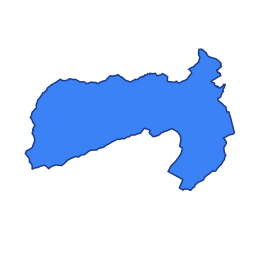 Gura Humorului, Suceava, Romania (orthographic projection), rotated 83°
{"feature_id": "2599482B5765834419568", "entity_name": "Gura Humorului", "entity_type": "district", "adm_level": 2, "iso_a3": "ROU", "parent_name": "Romania", "parent_adm1": "Suceava", "projection": "orthographic", "projection_center": [25.87, 47.518], "detail": "fine", "context": "isolated", "style": "filled", "palette": "blue", "viewbox_px": 256, "rotation_deg": 83, "n_neighbors": 0, "source": "geoboundaries", "source_scale": "gbopen_adm2", "svg_char_len": 5678}
<svg xmlns="http://www.w3.org/2000/svg" viewBox="0 0 256 256"><g transform="rotate(83 128 128)"><path d="M157.1,227.9L156.8,227.1L156.2,224.8L156.2,222.0L155.7,220.9L155.1,218.6L155.1,217.7L154.7,215.4L154.9,214.8L155.7,214.4L157.2,212.7L158.7,211.8L156.8,208.4L155.9,204.5L156.0,203.5L156.6,201.6L156.7,200.4L157.0,199.6L157.1,198.8L157.0,198.1L156.6,197.5L155.5,195.7L154.3,194.2L153.8,193.4L153.4,192.9L152.8,192.7L152.2,190.6L151.7,189.7L151.5,188.6L151.1,188.0L150.7,186.2L150.2,184.9L150.1,183.7L150.1,182.9L150.8,180.8L150.6,180.2L149.3,178.1L149.1,177.4L149.1,174.4L146.7,170.5L146.0,168.9L145.5,167.1L146.0,161.9L144.8,159.7L144.6,158.9L144.3,157.3L144.3,155.7L143.9,154.0L143.3,153.5L142.3,151.4L141.3,148.7L140.5,146.8L140.0,146.0L139.2,143.6L138.0,140.7L137.9,139.3L138.2,138.1L138.2,137.2L137.6,135.7L137.8,134.9L138.1,134.3L138.2,132.7L137.8,131.8L136.9,130.6L136.8,129.7L136.9,128.7L136.9,128.1L136.5,127.3L135.4,125.5L135.4,124.8L135.8,122.3L135.2,120.1L134.8,118.1L134.7,116.4L134.1,115.7L132.1,113.9L130.2,111.7L131.0,110.6L131.4,108.9L132.2,107.6L133.2,106.4L134.9,107.5L135.6,107.1L136.4,106.9L136.8,106.3L139.2,104.7L139.7,103.9L139.7,103.2L139.6,102.6L139.7,102.0L139.6,101.6L139.2,101.3L139.3,100.4L139.0,99.9L139.2,99.0L138.0,96.9L137.0,95.9L136.7,94.9L136.7,94.0L136.1,93.0L135.7,91.6L135.6,89.7L135.4,89.0L134.5,87.5L134.7,86.7L134.5,85.8L133.8,84.7L137.0,80.4L138.7,78.7L141.2,77.5L143.4,76.9L145.3,76.8L146.8,77.1L151.6,78.7L152.7,78.8L153.7,77.3L154.5,76.7L155.6,76.8L158.1,77.7L160.8,79.2L164.3,82.3L166.9,84.9L168.7,87.2L171.2,90.3L174.0,92.0L176.1,93.5L178.0,90.7L185.9,79.8L193.7,84.3L196.3,81.1L195.7,80.3L195.5,79.5L195.5,79.0L196.1,75.7L196.3,75.2L197.4,74.1L197.4,73.5L197.1,72.7L195.3,71.3L195.2,70.2L194.6,69.3L194.2,69.0L192.3,68.2L192.0,67.2L190.3,64.8L189.7,62.3L189.0,60.0L188.6,59.4L186.1,57.7L184.2,54.7L183.1,52.4L181.4,50.1L181.2,49.5L181.4,47.8L181.3,46.5L181.0,45.9L180.0,45.1L177.1,42.2L175.9,40.2L174.9,39.3L173.8,38.7L171.4,36.5L170.5,36.0L168.0,35.3L167.1,34.3L164.0,35.3L160.3,35.4L159.2,35.2L158.4,34.8L157.4,33.7L154.9,32.3L154.2,32.1L152.3,32.7L151.1,33.4L149.7,34.5L147.3,28.5L147.1,27.8L147.1,26.0L146.9,24.8L146.6,23.9L146.1,23.5L145.8,23.0L130.6,24.9L124.2,26.0L124.3,27.9L121.8,28.0L120.7,28.4L119.3,28.2L118.0,29.2L117.8,29.8L115.4,31.5L112.0,34.8L110.6,35.3L109.7,35.2L108.6,32.3L106.7,31.5L104.2,30.1L103.5,28.9L102.5,29.3L96.8,26.2L96.5,26.6L96.3,27.4L96.5,27.5L96.6,27.9L97.7,28.5L98.0,29.2L98.4,29.4L98.7,30.5L99.3,31.3L99.6,32.3L99.4,32.9L99.1,33.0L99.0,32.9L98.1,33.5L98.1,33.8L97.9,33.5L97.0,35.0L97.1,35.5L96.0,37.0L94.1,36.7L92.1,39.9L91.0,38.7L90.9,38.1L89.9,35.6L89.1,34.2L88.0,31.6L87.3,29.6L85.1,29.9L84.2,30.9L84.0,32.3L83.0,32.0L82.5,32.3L82.0,33.1L81.2,32.9L81.0,31.3L79.3,29.8L79.2,29.5L79.2,29.0L79.0,28.4L78.1,27.8L77.6,27.9L76.9,28.6L76.4,28.5L76.2,28.0L75.9,27.9L75.2,27.9L74.6,28.1L72.2,30.0L70.0,32.4L68.3,36.5L67.2,38.8L66.0,40.1L64.1,40.9L62.8,41.1L62.0,42.4L61.5,42.6L59.8,44.0L59.3,45.4L58.8,45.3L58.6,48.0L60.2,48.5L60.8,48.4L62.3,48.9L64.3,48.9L66.5,48.1L67.8,48.6L68.6,48.7L70.1,49.6L71.1,49.9L71.7,50.8L72.6,51.6L72.8,52.5L73.9,54.1L74.7,54.6L75.3,55.3L75.3,56.1L76.0,58.4L76.3,59.0L76.8,59.6L77.1,60.5L77.4,60.1L78.7,59.0L80.8,58.2L81.4,58.2L84.7,61.7L86.8,63.5L87.0,64.0L87.7,65.7L87.9,66.9L88.1,67.3L88.1,67.9L89.4,71.1L89.4,72.0L89.1,73.0L87.8,73.7L87.5,74.4L87.6,74.7L87.8,74.7L88.3,76.6L88.2,77.2L87.8,78.3L87.9,79.0L87.5,79.5L87.3,80.2L87.2,81.3L87.0,82.0L86.1,83.2L83.9,82.9L82.1,82.4L80.1,84.5L78.2,87.1L78.6,87.5L79.3,89.3L79.6,91.5L79.5,92.8L79.4,93.0L78.5,93.4L77.7,94.1L77.5,94.3L77.1,94.2L77.1,96.4L77.3,97.0L76.9,98.4L76.5,98.6L76.5,99.2L76.4,99.6L77.2,100.3L77.0,101.4L76.7,101.7L76.6,101.9L77.6,102.7L77.4,104.5L77.4,104.8L77.9,105.3L78.4,105.5L78.6,105.8L78.7,106.4L78.4,107.3L79.1,107.3L79.2,108.6L79.0,109.0L79.1,109.9L79.4,110.4L80.2,111.0L80.6,112.3L80.9,112.9L81.0,113.8L80.6,114.6L80.8,115.1L80.8,115.5L81.4,116.8L81.8,117.6L82.1,118.6L82.4,119.2L82.3,120.6L82.2,121.1L81.4,122.1L81.4,122.6L80.4,124.5L79.9,124.9L78.7,126.3L78.0,126.6L77.7,127.1L77.1,127.5L77.1,127.9L76.8,128.0L76.4,128.7L76.0,129.1L75.4,130.2L74.2,130.8L73.9,131.3L74.1,131.8L74.1,133.0L74.6,134.0L74.7,134.4L74.5,135.7L74.7,136.8L74.0,139.4L76.9,143.1L77.7,143.8L78.3,144.9L78.4,147.3L78.8,148.6L79.2,149.0L79.2,149.6L79.3,150.6L79.8,151.6L80.4,152.3L80.0,153.1L79.1,154.1L79.1,154.7L78.6,155.4L78.7,156.8L78.1,158.0L78.0,159.3L78.9,162.9L78.8,163.8L77.0,165.6L76.6,167.2L76.7,168.0L76.4,169.8L76.3,170.3L75.6,171.0L74.2,173.0L73.4,174.2L73.1,175.1L73.4,175.9L73.2,176.7L72.8,177.5L72.1,179.6L72.1,180.1L72.3,180.9L72.7,181.3L73.1,182.4L73.2,183.8L73.3,184.5L73.3,185.1L72.9,187.1L72.2,188.3L71.3,189.3L72.1,190.5L73.1,192.6L73.4,192.9L75.2,197.0L75.7,198.6L77.6,201.5L78.5,203.2L80.5,204.2L81.0,204.8L81.8,206.0L82.5,207.3L82.7,208.2L82.9,208.6L83.9,209.0L84.9,209.6L85.5,210.4L88.0,212.6L89.2,214.2L91.2,214.9L92.4,215.5L93.2,216.1L93.9,216.3L96.6,216.4L97.1,216.6L98.1,218.3L99.3,219.3L100.5,221.0L101.8,221.7L103.8,222.2L105.8,223.7L106.4,223.2L108.8,222.1L110.3,221.9L111.0,221.6L111.4,221.2L112.3,221.1L113.1,220.2L113.6,220.1L114.6,220.3L115.5,221.4L116.0,221.7L117.8,222.7L118.2,222.7L118.9,222.2L119.2,222.8L120.1,223.0L120.5,223.5L121.4,223.6L122.5,223.6L123.4,222.9L126.0,222.1L126.9,222.0L128.2,222.2L129.2,221.9L130.4,222.8L133.3,224.2L133.9,224.6L134.7,224.7L135.3,225.2L136.3,226.2L137.2,228.3L138.4,231.7L139.5,232.2L140.7,233.0L141.8,232.3L142.6,232.1L144.8,230.5L146.4,229.7L148.4,229.6L149.0,230.0L149.5,230.0L150.0,229.8L150.5,229.4L150.7,229.0L152.9,227.9L153.7,227.8L155.0,227.8L156.7,228.2L157.1,227.9Z" fill="#3b82f6" stroke="#1e3a8a" stroke-width="1.5"/></g></svg>